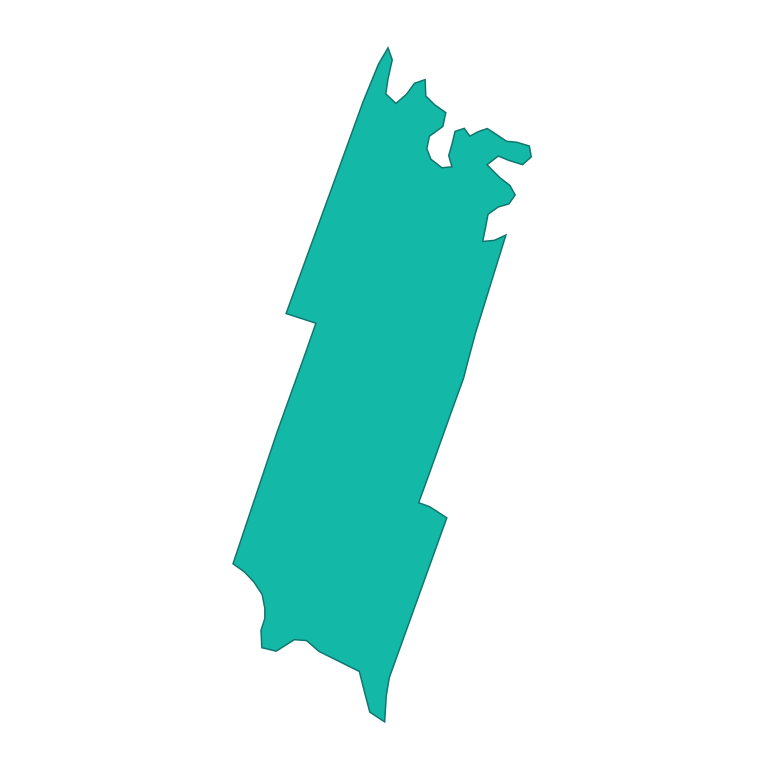 Salvador das Missões, Rio Grande do Sul, Brazil (Albers equal-area conic projection), rotated 20°
{"feature_id": "56859067B44192051528509", "entity_name": "Salvador das Missões", "entity_type": "district", "adm_level": 2, "iso_a3": "BRA", "parent_name": "Brazil", "parent_adm1": "Rio Grande do Sul", "projection": "albers", "projection_center": [-54.83, -28.098], "detail": "fine", "context": "isolated", "style": "filled", "palette": "teal", "viewbox_px": 768, "rotation_deg": 20, "n_neighbors": 0, "source": "geoboundaries", "source_scale": "gbopen_adm2", "svg_char_len": 1110}
<svg xmlns="http://www.w3.org/2000/svg" viewBox="0 0 768 768"><g transform="rotate(20 384 384)"><path d="M272.8,66.7L269.4,85.4L267.8,126.2L267.9,198.5L267.9,292.8L267.9,351.3L299.2,350.2L299.6,381.2L300.0,466.8L303.6,604.6L317.3,608.4L329.4,614.5L341.5,623.5L348.7,635.5L352.2,645.0L352.7,657.7L359.4,673.6L374.1,671.9L387.2,654.9L399.0,651.6L414.3,657.5L424.7,658.7L459.2,662.6L468.9,677.0L482.9,697.2L500.2,701.3L492.8,676.4L489.4,658.1L488.8,488.3L468.9,483.7L457.2,483.7L457.2,455.6L456.8,380.6L456.8,351.3L454.9,332.2L452.5,304.0L447.6,202.3L438.5,211.3L428.0,216.3L425.7,200.8L423.7,189.0L430.7,178.7L439.8,172.0L442.6,161.5L434.5,154.4L422.3,150.5L405.8,142.8L413.4,130.7L424.8,131.2L439.2,130.5L444.7,120.2L439.2,110.7L426.1,111.4L416.1,114.0L405.6,111.4L393.7,108.6L386.3,114.6L379.8,121.7L372.0,116.3L364.4,122.3L365.8,135.0L366.7,147.3L373.6,156.7L364.4,161.0L351.2,156.7L343.8,148.4L341.9,135.7L351.2,121.9L349.3,107.9L336.2,104.3L324.8,99.1L318.5,83.9L309.8,91.0L306.0,104.1L299.2,116.3L286.4,110.7L283.4,95.9L280.9,76.6L272.8,66.7Z" fill="#14b8a6" stroke="#0f766e" stroke-width="1.5"/></g></svg>